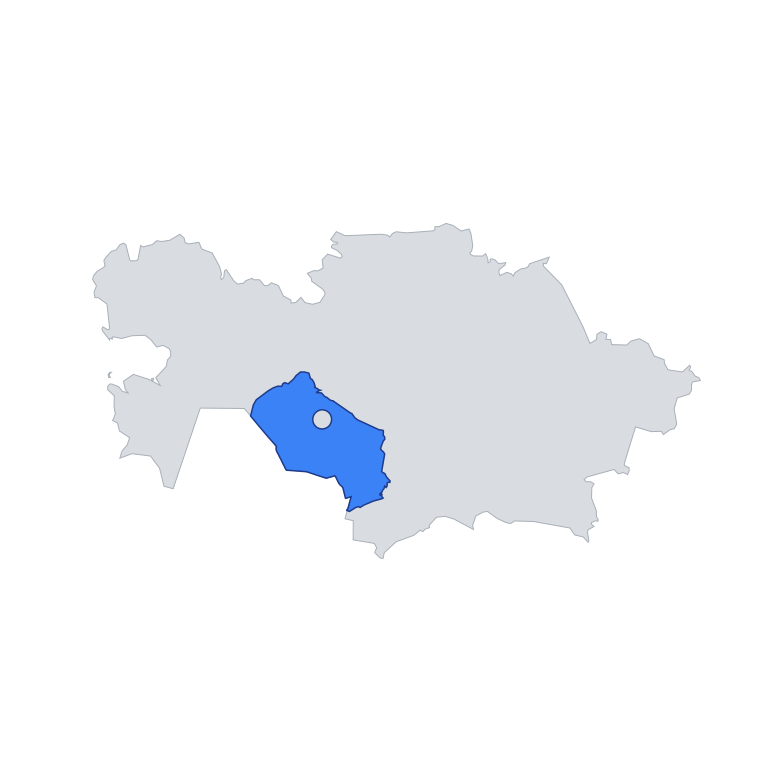 Kazakhstan, with Qyzylorda highlighted, rotated 13°
{"feature_id": "KAZ-3197", "entity_name": "Qyzylorda", "entity_type": "Region", "adm_level": 1, "iso_a3": "KAZ", "parent_name": "Kazakhstan", "parent_adm1": "", "projection": "albers", "projection_center": [63.953, 45.065], "detail": "fine", "context": "in_parent", "style": "filled", "palette": "blue", "viewbox_px": 768, "rotation_deg": 13, "n_neighbors": 0, "source": "natural_earth", "source_scale": "10m", "svg_char_len": 6817}
<svg xmlns="http://www.w3.org/2000/svg" viewBox="0 0 768 768"><g transform="rotate(13 384 384)"><path d="M460.8,513.7L457.0,515.9L455.0,519.1L452.0,518.4L447.0,524.8L431.3,535.0L422.2,548.3L422.3,554.2L419.5,554.4L412.8,550.4L413.7,545.2L410.4,541.5L389.0,542.8L384.8,524.1L376.3,524.1L377.3,501.2L372.3,504.0L366.9,494.0L356.8,484.8L349.1,488.7L328.4,486.9L307.9,489.7L294.5,473.6L292.1,468.3L253.4,439.3L210.4,448.8L202.1,533.5L192.6,533.1L184.3,516.6L172.7,506.7L154.1,508.6L143.3,515.7L143.8,508.3L147.5,501.2L148.2,493.5L136.8,489.3L133.1,481.9L127.8,480.7L129.0,473.7L126.1,467.0L123.9,456.2L116.2,451.8L115.4,448.5L116.6,445.9L118.6,445.2L126.0,446.3L130.7,450.0L136.7,450.3L133.3,447.7L129.5,440.0L137.6,431.0L154.0,432.4L166.3,435.8L160.2,429.3L167.9,415.9L167.6,409.2L169.9,405.0L168.9,400.5L166.8,397.9L160.1,396.1L154.2,399.1L146.7,393.2L140.2,390.3L127.5,393.7L118.0,398.7L109.2,398.9L109.0,401.5L107.9,400.6L106.5,401.6L106.7,402.8L97.9,395.7L96.7,393.5L97.2,391.6L102.8,393.3L104.3,392.0L96.1,368.4L86.1,364.1L82.9,364.9L80.8,359.6L81.8,353.1L76.5,347.7L76.6,343.9L79.1,338.9L85.7,332.2L83.3,326.6L84.3,323.6L88.4,316.2L92.9,313.6L95.3,307.7L98.5,305.3L101.3,306.5L108.2,320.1L109.5,321.0L114.7,319.7L116.3,318.0L115.7,303.8L118.4,304.6L126.9,300.3L130.4,295.5L135.2,295.2L143.0,292.1L151.5,284.0L156.4,286.7L158.4,291.0L162.2,291.4L171.8,287.6L176.1,293.5L187.1,295.0L197.4,306.6L200.8,313.0L201.0,317.6L202.1,318.9L203.9,316.2L203.1,309.5L204.7,308.1L214.3,317.2L218.9,319.6L224.5,317.2L226.2,314.3L231.7,310.7L233.5,311.8L239.3,310.4L245.3,315.0L248.5,314.4L251.5,310.7L259.0,311.9L266.1,320.9L274.4,323.1L275.3,326.1L279.7,324.3L283.6,318.3L288.8,322.5L296.5,322.4L303.2,318.8L306.3,310.4L305.9,308.2L303.2,305.5L290.4,300.1L289.4,297.3L284.4,293.4L290.3,289.2L293.8,288.8L298.6,284.7L295.8,276.8L299.9,270.1L313.0,271.2L314.5,269.8L313.6,267.4L308.7,264.6L302.3,263.0L301.8,261.9L302.8,259.4L307.2,257.8L306.4,256.4L303.2,257.0L299.5,255.2L303.3,246.3L312.9,248.2L347.9,238.6L354.2,238.2L356.5,239.5L358.4,235.4L361.7,232.9L371.8,231.7L397.8,223.6L398.9,221.8L398.2,219.4L402.5,218.1L408.3,213.6L415.2,213.9L424.8,217.6L432.0,213.8L434.7,217.6L439.4,229.3L439.5,234.6L438.3,237.1L439.0,238.2L442.4,239.1L451.5,237.1L453.7,234.2L456.9,238.5L458.2,242.5L459.9,241.1L459.4,239.0L460.1,237.9L464.2,238.1L468.9,241.0L475.3,238.3L475.1,240.9L470.6,246.5L470.6,249.1L472.7,252.3L478.5,247.6L483.4,248.0L485.6,249.8L486.6,246.0L491.3,241.2L496.4,238.9L498.3,236.9L498.7,234.1L516.5,223.2L515.1,230.3L511.9,230.7L513.2,233.5L534.9,247.4L564.9,283.3L575.5,298.1L581.0,293.0L580.3,287.5L583.9,284.2L589.9,285.3L590.2,290.5L594.8,289.8L597.0,294.4L611.9,291.4L614.8,286.7L622.8,282.4L632.4,285.3L640.9,295.9L651.5,297.3L652.7,301.0L657.7,306.3L672.2,305.1L677.6,296.9L678.9,298.5L678.2,301.9L681.4,302.8L685.5,306.4L689.3,307.0L691.5,309.5L684.2,312.5L683.7,315.3L685.1,320.7L683.7,325.2L672.8,331.7L672.3,343.1L678.3,357.3L676.9,362.3L673.2,364.0L667.6,370.4L664.9,367.7L655.0,370.3L638.7,369.2L636.0,407.7L636.6,409.4L641.6,410.5L642.4,413.4L641.7,417.5L637.2,416.4L632.4,418.9L627.4,415.5L602.9,428.8L600.5,432.2L602.9,433.8L607.0,432.7L611.1,434.0L609.8,438.2L611.9,448.5L619.3,459.6L620.8,465.3L623.4,468.3L623.1,469.7L620.8,469.6L617.4,472.3L617.6,473.9L620.7,475.6L615.7,480.0L615.6,482.6L619.0,491.1L618.4,492.3L612.5,488.2L603.9,488.2L597.6,482.5L561.0,484.3L541.9,488.1L538.9,491.5L534.3,491.6L524.6,489.6L513.6,484.9L509.4,486.5L503.3,491.8L502.1,501.5L503.9,505.6L482.3,499.8L473.4,499.2L465.1,502.0L459.7,511.7L460.8,513.7ZM115.9,439.3L114.3,439.6L113.1,436.9L114.0,434.5L115.6,433.9L113.9,436.7L115.9,439.3ZM158.2,432.8L156.9,432.3L156.3,431.1L158.2,430.3L158.2,432.8Z" fill="#d9dde1" stroke="#a8b0b8" stroke-width="1"/><path d="M308.5,489.9L308.2,489.8L307.8,489.6L306.6,488.2L305.7,487.0L304.8,485.9L303.8,484.8L302.9,483.7L302.0,482.6L301.1,481.4L300.2,480.3L299.2,479.2L298.1,477.8L297.2,476.7L296.3,475.7L294.5,473.6L293.6,472.0L293.4,471.4L293.4,470.2L293.3,469.7L293.0,469.0L292.6,468.5L291.6,467.8L290.2,466.8L288.3,465.4L285.9,463.7L283.2,461.8L280.3,459.6L277.2,457.3L274.1,455.0L270.9,452.6L267.8,450.2L264.9,448.0L262.2,446.0L261.2,445.2L261.4,433.7L263.1,428.1L272.7,416.7L276.9,412.7L281.0,410.0L284.8,409.3L285.4,406.5L287.0,405.0L290.6,405.4L294.8,399.5L296.4,395.7L299.9,391.1L303.8,390.2L308.3,390.3L311.1,395.2L313.0,395.8L315.3,398.2L317.5,401.8L317.2,402.8L318.7,403.2L320.2,403.5L322.0,404.4L323.4,404.4L320.6,406.4L320.3,407.5L325.1,406.8L329.1,409.6L331.3,409.9L335.3,411.8L337.4,412.0L338.3,411.8L338.8,412.2L357.8,419.8L359.2,419.9L363.1,423.4L366.5,424.9L389.5,429.7L392.2,429.4L393.8,429.5L394.4,431.8L394.7,434.0L396.5,435.4L397.2,437.7L396.1,439.8L395.3,445.4L395.3,448.1L396.9,449.3L399.1,450.6L400.4,452.1L401.4,469.7L403.1,470.9L403.8,470.7L404.8,471.1L405.8,471.8L406.0,472.5L407.7,474.3L411.7,477.1L411.8,478.6L410.3,478.7L409.2,480.1L409.7,480.9L410.0,482.5L409.4,484.3L407.6,483.4L407.6,485.8L406.5,488.0L406.2,490.1L404.8,491.6L405.2,493.8L405.6,491.9L406.2,491.6L406.2,492.4L406.9,492.4L407.0,494.0L408.3,495.0L408.8,495.3L408.0,496.1L399.9,500.5L391.9,506.3L388.4,509.7L386.8,509.2L384.3,510.6L379.1,515.9L377.8,515.8L376.2,515.6L376.2,514.9L376.2,514.7L376.3,514.5L376.5,514.4L376.7,514.2L376.8,514.0L376.8,513.3L376.9,512.7L377.1,507.0L377.3,501.2L374.9,502.6L372.5,504.0L372.3,504.0L372.2,504.0L371.0,501.7L369.7,499.1L368.8,497.3L367.3,494.3L366.9,494.0L366.6,493.7L364.8,492.7L363.1,491.6L362.2,490.8L361.4,489.9L359.5,487.5L357.7,485.2L357.4,485.0L357.1,484.7L356.9,484.7L356.6,484.6L356.3,484.7L356.0,484.9L354.4,485.8L352.7,486.7L351.1,487.6L349.4,488.6L349.1,488.7L348.8,488.8L347.9,488.7L345.6,488.5L343.3,488.3L340.9,488.1L338.6,487.9L336.1,487.6L333.5,487.4L330.9,487.1L328.4,486.9L326.9,487.1L325.3,487.3L323.8,487.6L322.3,487.8L320.7,488.0L319.2,488.3L317.6,488.5L316.1,488.7L315.2,488.9L314.2,489.0L313.2,489.2L312.3,489.3L311.7,489.4L311.1,489.5L310.5,489.6L309.9,489.7L308.5,489.9L308.5,489.9ZM331.7,442.0L332.6,441.9L333.6,441.8L334.5,441.5L335.3,441.2L336.2,440.8L336.9,440.3L337.7,439.8L338.3,439.2L339.0,438.5L339.5,437.8L340.0,437.0L340.4,436.1L340.7,435.3L340.9,434.3L341.1,433.4L341.1,432.4L341.1,431.4L340.9,430.5L340.7,429.6L340.4,428.7L340.0,427.9L339.5,427.1L339.0,426.3L338.4,425.7L337.7,425.0L337.0,424.5L336.2,424.0L335.4,423.6L334.6,423.3L333.7,423.0L332.7,422.9L331.8,422.8L330.8,422.9L329.9,423.0L329.0,423.2L328.2,423.5L327.3,423.9L326.6,424.4L325.8,425.0L325.2,425.6L324.6,426.2L324.0,427.0L323.5,427.7L323.1,428.6L322.8,429.4L322.5,430.4L322.4,431.3L322.3,432.3L322.4,433.3L322.5,434.2L322.7,435.1L323.0,436.0L323.4,436.9L323.9,437.7L324.4,438.4L325.0,439.1L325.7,439.7L326.4,440.3L327.2,440.8L328.0,441.2L328.8,441.5L329.7,441.7L330.7,441.9L331.7,442.0Z" fill="#3b82f6" stroke="#1e3a8a" stroke-width="1.5"/></g></svg>